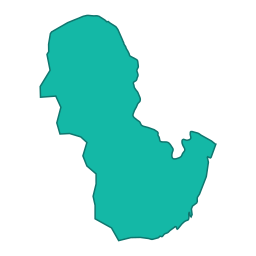 an SVG outline of Anosy
{"feature_id": "MDG-5865", "entity_name": "Anosy", "entity_type": "Autonomous Province", "adm_level": 1, "iso_a3": "MDG", "parent_name": "Madagascar", "parent_adm1": "", "projection": "mercator", "projection_center": [46.606, -23.936], "detail": "fine", "context": "isolated", "style": "filled", "palette": "teal", "viewbox_px": 256, "rotation_deg": 0, "n_neighbors": 0, "source": "natural_earth", "source_scale": "10m", "svg_char_len": 2847}
<svg xmlns="http://www.w3.org/2000/svg" viewBox="0 0 256 256"><path d="M215.8,144.3L211.1,157.3L210.5,157.9L209.5,157.6L207.7,156.7L207.3,157.3L208.4,162.2L206.3,176.6L199.5,194.1L197.4,197.3L197.2,198.7L197.3,201.4L196.7,202.9L192.5,206.1L191.4,208.9L192.1,214.6L191.1,216.9L190.3,215.9L189.7,214.7L189.5,213.4L189.5,211.9L188.8,213.2L188.7,214.5L188.9,215.9L188.9,217.5L188.6,219.2L188.0,220.0L185.6,220.9L184.2,221.8L181.9,223.9L178.0,228.7L177.2,229.2L176.9,228.8L176.1,226.8L175.1,226.6L174.9,226.7L174.8,227.0L170.0,230.5L168.3,232.2L167.4,232.8L165.0,233.7L164.1,234.3L162.9,235.9L162.1,236.6L161.4,236.6L160.6,236.3L159.8,236.3L159.0,237.2L158.2,237.8L152.6,239.3L151.3,239.3L148.6,238.5L140.3,237.4L130.8,237.6L118.7,240.6L111.5,227.9L95.1,218.8L95.1,205.3L93.1,196.3L96.1,184.0L96.1,173.9L86.9,166.0L82.9,155.9L86.9,142.5L80.8,136.9L69.6,133.5L60.0,134.0L56.8,122.9L60.9,107.3L55.8,96.1L40.5,97.2L40.2,86.5L50.1,70.3L47.0,54.5L47.5,53.5L48.7,51.7L48.6,44.3L50.4,33.6L51.6,31.9L67.6,22.7L83.2,16.3L87.1,15.4L88.3,15.4L93.5,15.9L97.0,15.8L99.0,16.3L105.0,20.1L106.8,21.8L108.2,21.5L110.0,23.0L115.8,26.7L116.3,27.3L117.9,29.6L122.5,40.0L122.8,40.9L123.5,42.3L123.7,42.8L123.9,43.8L124.1,44.3L124.2,44.5L125.7,46.8L125.9,47.4L126.0,47.9L126.7,49.3L127.6,50.7L129.0,53.5L129.2,54.0L129.5,55.2L129.8,55.7L130.3,56.2L136.1,59.3L136.9,59.8L137.5,60.6L137.8,61.9L138.3,66.1L138.3,66.9L138.0,67.7L137.2,69.2L136.9,70.1L136.9,71.1L137.2,71.9L137.5,72.8L138.0,74.6L138.0,75.5L137.8,76.4L137.4,77.2L137.1,78.0L136.7,79.6L136.3,80.3L135.6,80.9L134.1,81.8L133.5,82.4L133.3,83.1L133.5,84.0L133.9,85.2L134.2,87.0L134.6,88.0L136.2,90.3L137.3,91.6L137.9,92.6L139.2,95.8L139.9,97.4L140.2,98.5L140.3,99.4L140.2,100.1L140.1,100.9L139.9,101.3L139.5,101.9L138.9,102.4L137.8,103.7L137.4,104.5L136.3,107.1L134.5,110.3L133.2,113.8L133.0,114.7L132.9,115.4L133.3,116.4L134.0,117.5L137.1,120.0L138.8,121.2L139.5,121.7L140.0,122.4L140.8,124.1L141.2,124.9L141.9,125.5L142.6,125.9L143.5,126.3L148.1,127.5L154.2,129.7L157.2,131.7L157.7,132.2L158.0,132.8L158.1,133.1L157.9,134.8L158.1,135.6L159.0,137.0L159.3,137.9L159.9,140.8L160.6,141.5L162.0,141.9L166.6,142.0L168.1,142.5L169.0,143.1L169.6,143.8L170.2,144.4L172.6,148.1L173.0,148.9L173.1,149.9L172.9,150.8L172.2,152.6L171.9,154.4L171.8,156.0L172.0,156.9L172.3,157.8L172.9,158.5L173.8,158.9L175.3,158.9L176.4,158.7L178.8,157.9L180.2,157.2L180.8,156.8L181.4,156.1L181.8,155.4L182.5,153.7L183.0,152.9L184.1,151.5L184.6,150.8L184.8,149.9L184.7,149.0L184.4,148.1L183.1,145.8L182.4,144.1L182.1,143.1L182.0,142.1L182.0,141.1L182.2,140.2L182.8,139.6L183.6,139.3L186.0,140.1L187.1,140.3L189.4,139.7L190.1,139.2L190.6,138.6L190.8,137.9L190.8,137.2L190.2,134.5L190.3,132.2L190.8,131.6L192.0,131.5L197.8,133.1L199.0,133.7L201.1,135.2L211.5,141.0L215.6,144.3L215.8,144.3Z" fill="#14b8a6" stroke="#0f766e" stroke-width="1.5"/></svg>